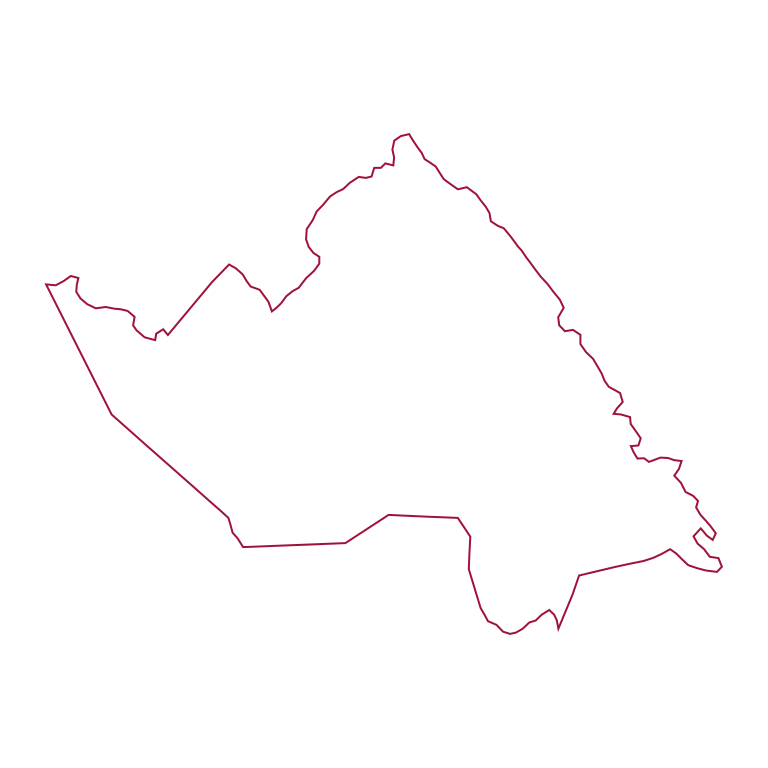 Amargosa, Bahia, Brazil (Albers equal-area conic projection)
{"feature_id": "56859067B13463392210040", "entity_name": "Amargosa", "entity_type": "district", "adm_level": 2, "iso_a3": "BRA", "parent_name": "Brazil", "parent_adm1": "Bahia", "projection": "albers", "projection_center": [-39.603, -13.033], "detail": "fine", "context": "isolated", "style": "outline", "palette": "rose", "viewbox_px": 768, "rotation_deg": 0, "n_neighbors": 0, "source": "geoboundaries", "source_scale": "gbopen_adm2", "svg_char_len": 2445}
<svg xmlns="http://www.w3.org/2000/svg" viewBox="0 0 768 768"><path d="M593.1,358.9L586.1,352.2L580.4,344.1L580.4,334.8L573.0,329.9L564.9,331.2L559.2,325.3L558.2,317.3L563.7,307.8L559.8,299.6L553.8,292.3L547.6,284.1L540.6,276.5L535.5,269.8L530.3,262.7L525.9,256.9L521.7,250.6L517.8,246.3L514.0,241.0L509.8,235.5L503.7,228.2L497.9,225.9L490.9,221.3L489.5,213.1L485.8,206.8L480.3,199.9L476.4,194.3L466.8,187.2L457.9,189.3L449.9,183.7L443.8,179.2L439.6,172.7L435.8,166.6L430.3,162.8L424.6,159.1L421.7,152.9L417.8,147.7L413.3,141.0L409.1,134.1L400.8,136.1L394.3,140.6L392.4,149.6L394.1,157.4L393.3,165.4L385.4,163.4L380.8,167.9L374.2,167.9L371.6,176.5L365.8,177.9L358.8,176.9L349.8,182.8L343.1,189.1L336.9,192.0L330.2,196.3L322.8,205.1L316.7,211.4L312.8,220.0L306.7,229.2L306.1,239.4L308.7,246.9L313.5,253.0L319.3,256.8L319.3,263.7L314.2,270.7L306.1,278.2L298.7,287.8L292.7,291.1L286.4,296.1L281.2,303.2L276.7,307.6L271.9,311.4L268.4,301.7L264.5,296.4L259.7,289.8L250.6,286.5L246.5,280.9L242.7,274.4L235.9,268.4L229.1,264.5L212.1,282.0L167.9,335.0L163.2,329.3L156.2,333.7L155.2,340.1L144.6,337.3L136.6,330.4L133.1,325.4L134.6,316.9L127.6,310.9L120.4,309.2L114.4,308.7L105.8,307.0L95.8,308.3L87.1,304.1L80.5,298.5L76.3,291.9L76.8,284.6L78.4,278.0L70.8,276.0L63.8,281.0L55.7,285.3L46.1,284.4L111.6,414.5L146.3,445.3L157.8,455.4L198.5,491.3L209.4,501.0L220.4,510.6L228.4,517.9L230.4,524.5L232.6,532.7L237.6,538.3L243.1,547.1L345.4,543.1L388.6,514.9L422.6,516.5L457.8,517.9L470.3,536.6L469.4,553.8L468.8,569.2L480.6,608.0L485.1,615.8L488.0,621.2L496.4,624.8L503.1,631.7L510.1,633.9L515.9,632.6L522.6,628.8L529.3,622.5L535.7,620.5L541.8,614.6L549.2,610.0L554.1,614.6L556.8,620.2L558.4,628.7L572.6,594.4L579.1,575.5L615.3,566.9L630.6,563.6L643.5,561.0L653.1,557.9L661.4,554.1L670.1,549.2L676.1,553.4L682.0,559.3L688.3,565.2L697.2,568.2L705.9,570.5L717.0,571.9L721.9,566.7L718.4,558.1L709.8,556.8L704.1,549.2L697.6,543.6L693.5,536.3L700.8,528.4L706.8,535.6L712.7,539.9L715.8,533.3L710.7,526.4L706.0,520.9L700.5,514.9L696.1,507.4L698.0,501.0L693.5,496.1L685.5,491.9L681.0,482.9L674.3,475.7L679.0,468.8L681.6,461.0L674.3,460.2L668.1,458.0L660.5,457.6L648.9,461.9L644.2,458.3L637.4,458.5L633.5,452.0L630.9,446.1L638.4,445.5L640.7,438.3L636.4,432.0L630.7,424.0L630.1,417.1L621.1,414.5L613.7,413.8L616.8,408.6L622.7,402.0L620.1,393.1L614.3,389.8L608.8,386.8L604.5,380.7L601.8,373.8L598.3,367.7L593.1,358.9Z" fill="none" stroke="#9f1239" stroke-width="2"/></svg>